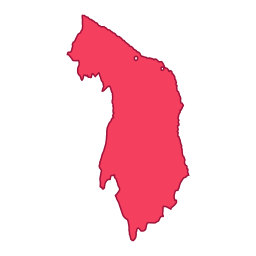 the district of Idiofa, Bandundu, Democratic Republic of the Congo
{"feature_id": "63176286B53815785774290", "entity_name": "Idiofa", "entity_type": "district", "adm_level": 2, "iso_a3": "COD", "parent_name": "Democratic Republic of the Congo", "parent_adm1": "Bandundu", "projection": "equal_earth", "projection_center": [19.504, -4.707], "detail": "fine", "context": "isolated", "style": "filled", "palette": "rose", "viewbox_px": 256, "rotation_deg": 0, "n_neighbors": 0, "source": "geoboundaries", "source_scale": "gbopen_adm2", "svg_char_len": 5788}
<svg xmlns="http://www.w3.org/2000/svg" viewBox="0 0 256 256"><path d="M67.4,54.5L68.4,54.7L68.8,55.0L71.5,58.2L72.6,60.1L73.1,60.5L75.0,60.7L78.6,60.6L78.9,61.0L79.2,63.4L79.2,64.8L78.1,67.1L77.7,69.3L77.7,71.7L78.1,73.7L78.8,74.7L80.3,76.3L81.3,79.5L81.8,80.1L82.4,79.9L82.9,78.7L83.6,76.2L84.1,75.1L84.4,75.0L85.4,75.3L86.2,76.0L87.4,75.3L87.6,75.4L87.7,76.5L87.9,76.8L88.5,77.2L90.0,77.2L90.8,77.6L91.3,77.3L91.7,75.2L92.2,73.8L92.9,73.8L93.4,74.2L95.2,76.5L98.8,72.8L99.0,73.0L99.5,74.2L99.9,76.1L100.6,77.4L100.8,78.6L101.4,80.4L101.7,81.0L102.7,82.0L103.6,85.9L103.6,86.7L103.3,87.7L102.8,88.6L102.2,91.1L102.6,91.2L103.9,90.5L107.5,86.9L108.9,86.2L109.6,86.1L110.6,88.0L111.2,90.3L111.5,90.7L111.5,91.5L111.9,91.9L112.0,92.5L112.5,93.1L112.6,93.7L112.4,94.5L112.5,94.9L112.5,95.5L112.7,96.0L112.6,99.2L112.5,100.1L112.2,100.4L112.1,100.8L112.3,101.6L112.1,102.3L112.5,103.3L113.1,104.2L113.2,104.7L112.9,105.8L112.9,106.2L113.4,107.1L113.2,108.0L113.4,108.9L113.0,110.2L113.1,111.6L113.6,112.1L113.3,112.6L113.8,112.9L113.8,113.2L113.5,113.6L112.7,115.6L112.8,116.0L113.2,116.4L113.1,116.9L113.4,117.6L112.5,117.9L111.5,119.3L111.0,120.9L109.9,122.2L108.9,123.7L107.7,126.9L107.2,127.9L106.8,131.5L106.8,134.9L106.6,135.6L106.5,138.5L106.2,141.3L105.8,143.8L103.8,150.8L102.1,154.8L101.2,158.6L100.7,159.7L100.6,160.5L99.9,162.0L99.8,164.0L99.2,165.8L99.2,166.3L99.7,167.8L101.5,170.3L100.1,177.8L100.0,179.1L100.4,182.7L100.2,186.6L100.5,187.1L101.6,187.1L102.1,188.4L103.0,189.1L103.5,188.7L103.8,188.1L104.2,188.1L104.5,187.1L104.7,185.0L105.1,183.2L106.2,181.3L106.8,180.5L107.5,179.9L108.3,179.5L110.1,179.4L110.7,176.6L111.2,175.5L113.5,175.4L114.1,175.0L114.5,175.0L114.3,176.1L114.7,177.5L116.4,179.5L116.7,181.3L117.4,182.5L117.9,184.9L118.4,186.2L119.1,187.3L119.6,188.7L119.6,189.9L118.5,191.8L116.4,194.7L115.7,195.0L115.4,195.7L116.4,197.6L116.6,198.6L118.7,202.6L122.5,214.0L123.2,215.7L123.8,216.6L125.4,218.3L125.9,218.7L127.5,219.5L128.2,221.8L129.0,226.3L129.1,228.3L129.0,230.5L129.4,231.9L129.5,234.4L129.9,235.1L130.9,239.3L131.8,240.1L133.0,240.6L133.4,240.5L134.9,238.9L135.2,238.0L135.6,237.7L136.0,235.9L136.0,235.1L136.3,234.1L136.0,233.5L136.1,232.9L136.0,232.4L136.4,231.6L136.7,230.8L136.8,229.5L137.5,228.3L138.7,228.1L141.1,231.0L143.0,231.0L144.4,230.5L144.9,230.1L145.7,229.0L146.5,225.2L147.1,223.5L147.4,223.0L147.8,222.8L148.8,222.7L154.0,222.9L155.6,222.7L156.9,221.6L157.8,221.4L158.5,220.9L159.1,219.9L160.1,217.6L161.0,216.5L163.2,216.4L163.2,215.6L162.8,215.1L162.6,213.1L163.0,210.3L162.8,209.2L163.1,208.2L162.9,207.6L163.4,206.4L166.0,206.6L167.0,207.0L170.8,209.1L171.0,209.0L171.2,207.9L171.5,207.5L173.5,206.0L175.5,203.9L176.4,202.5L176.5,201.8L176.5,200.8L176.3,200.3L175.9,200.1L175.1,200.5L174.9,200.3L174.3,198.5L174.0,196.8L174.4,194.1L175.0,191.8L175.4,191.0L175.9,190.6L177.6,190.3L178.1,190.0L178.5,188.3L178.9,188.0L179.1,187.3L179.5,185.5L180.3,183.1L182.2,179.9L183.3,178.3L183.9,177.8L185.7,177.2L186.9,175.9L187.4,175.6L188.1,175.2L188.6,175.2L188.2,173.4L187.7,172.6L187.6,171.5L187.9,170.0L187.9,169.5L187.7,169.0L186.9,168.6L186.8,168.2L187.0,166.8L186.8,166.2L186.5,165.7L185.4,165.2L185.1,164.2L184.5,163.3L184.5,161.4L184.9,160.2L184.8,159.4L183.9,157.2L183.7,156.5L182.9,155.8L182.6,155.1L182.2,152.1L182.0,149.2L181.5,147.6L181.6,145.6L180.7,143.6L180.7,143.0L180.1,141.1L180.2,140.4L179.6,139.2L178.9,136.8L177.8,136.1L178.0,133.3L178.2,132.5L177.4,131.6L177.3,131.2L177.9,130.4L178.2,129.5L178.1,128.8L177.5,127.3L177.8,126.3L177.7,125.8L177.9,125.5L178.7,125.4L178.9,125.1L179.0,123.9L178.6,123.2L178.2,121.9L178.3,121.4L178.9,120.5L178.7,119.8L177.9,118.5L178.5,116.7L178.3,116.0L178.9,114.8L179.2,113.4L179.9,112.7L180.2,112.0L180.2,110.2L181.0,110.1L181.6,108.8L182.3,107.9L182.4,106.7L182.9,106.3L183.3,105.8L183.3,105.1L182.5,104.1L182.1,103.2L181.3,103.2L180.8,102.6L180.6,102.0L180.7,101.0L180.4,99.7L180.8,98.7L180.3,97.0L179.4,95.2L179.1,93.6L178.7,93.0L178.6,92.2L178.3,91.7L177.5,91.2L177.2,90.7L176.9,89.9L176.9,88.8L176.6,87.6L177.0,85.8L176.9,85.5L176.4,85.3L176.1,84.8L176.0,83.4L176.4,82.7L175.8,81.0L175.7,80.1L174.8,78.8L174.8,77.1L174.2,75.9L173.8,75.6L173.5,74.7L173.1,74.2L172.5,73.9L172.2,73.5L171.8,71.7L170.7,70.7L170.1,70.7L169.4,71.5L169.0,71.4L168.7,71.0L168.4,69.9L167.3,68.6L166.6,68.2L165.6,68.1L164.7,67.4L164.3,66.1L163.8,65.3L163.3,64.0L161.9,61.9L161.5,61.6L160.6,61.8L159.7,61.7L159.5,61.9L159.1,61.8L158.3,61.4L157.6,60.4L155.8,59.1L155.0,59.1L154.2,59.8L153.9,59.2L152.2,58.8L151.9,58.5L150.4,58.4L149.9,58.0L149.3,57.9L148.5,58.3L147.1,58.2L146.6,57.5L144.2,57.0L142.7,56.3L141.9,56.5L141.2,55.9L140.5,55.0L140.1,53.8L138.9,52.4L138.3,52.3L137.8,51.9L137.3,51.9L136.5,51.1L136.2,50.6L133.6,49.1L133.3,48.4L131.7,46.8L130.4,46.2L129.6,46.2L128.8,44.7L127.6,43.9L125.1,41.9L124.1,40.5L123.0,40.3L122.0,39.2L121.7,38.6L119.1,36.6L117.7,36.5L117.1,36.1L116.1,35.1L115.5,34.2L114.5,33.3L113.1,32.9L111.9,31.8L111.1,31.4L109.7,30.1L107.8,29.6L106.3,28.5L105.9,27.8L105.2,27.6L104.0,26.7L101.1,26.8L100.2,26.1L98.8,25.5L98.2,24.9L97.4,23.6L96.9,23.1L95.1,22.4L93.5,20.9L92.6,20.8L91.6,19.6L90.7,19.6L89.9,19.2L88.5,18.1L88.1,17.4L86.1,16.8L84.3,15.5L82.4,15.4L82.2,15.9L82.3,17.6L82.3,18.7L82.6,19.9L82.4,21.9L82.5,24.5L82.7,25.5L82.3,29.4L81.6,30.2L80.7,32.1L79.8,33.2L78.5,33.9L78.0,34.5L76.5,37.3L75.1,40.5L74.3,41.7L73.2,42.3L72.8,43.4L72.4,44.1L72.3,44.6L72.7,46.0L71.6,50.2L71.2,51.3L70.5,52.1L68.5,52.2L68.0,52.5L67.7,53.0L67.4,54.5ZM135.4,60.4L134.6,59.6L134.3,57.7L134.7,57.0L135.2,56.6L136.3,56.3L137.2,56.6L137.6,57.6L137.6,59.0L136.9,60.1L136.1,60.5L135.4,60.4ZM162.8,70.2L161.8,70.3L161.3,69.9L161.1,69.5L161.1,67.8L161.4,67.3L161.7,67.1L162.8,67.1L163.4,67.4L163.6,67.8L163.8,68.6L163.6,69.6L162.8,70.2Z" fill="#f43f5e" stroke="#9f1239" stroke-width="1.5"/></svg>